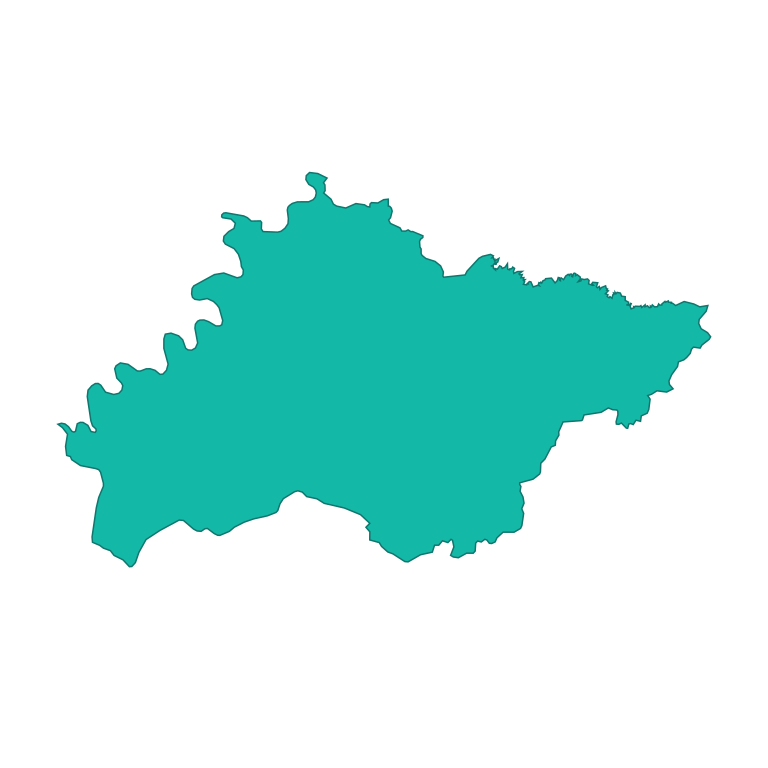 the district of Doi Luang, Chiang Rai, Thailand, rotated 5°
{"feature_id": "78962969B15237736289159", "entity_name": "Doi Luang", "entity_type": "district", "adm_level": 2, "iso_a3": "THA", "parent_name": "Thailand", "parent_adm1": "Chiang Rai", "projection": "mercator", "projection_center": [100.215, 20.141], "detail": "fine", "context": "isolated", "style": "filled", "palette": "teal", "viewbox_px": 768, "rotation_deg": 5, "n_neighbors": 0, "source": "geoboundaries", "source_scale": "gbopen_adm2", "svg_char_len": 6143}
<svg xmlns="http://www.w3.org/2000/svg" viewBox="0 0 768 768"><g transform="rotate(5 384 384)"><path d="M699.8,277.6L691.8,279.6L685.7,277.3L675.8,275.7L667.7,280.4L664.4,278.4L663.0,278.5L663.1,277.6L660.2,277.7L659.9,276.5L657.3,278.0L656.7,277.2L653.8,280.1L653.9,281.0L651.8,281.4L650.6,280.3L649.7,283.1L646.9,283.6L644.4,281.8L643.7,283.8L642.6,283.1L642.7,284.6L641.5,284.8L639.6,283.1L637.3,284.3L637.2,282.4L634.1,285.3L633.1,283.5L632.1,284.4L627.5,284.6L626.9,285.5L626.0,285.2L626.3,286.3L623.6,287.6L622.4,285.2L623.3,282.4L622.6,282.2L621.7,284.2L618.5,284.1L620.6,283.6L620.5,281.2L617.0,279.7L616.7,276.0L613.1,275.8L611.5,272.8L608.3,272.4L607.3,273.8L606.2,272.5L606.4,273.8L604.7,273.3L605.1,274.8L604.2,275.2L603.7,278.7L601.5,277.3L600.7,278.5L598.7,277.4L599.3,275.6L596.7,274.8L599.3,271.6L597.6,271.1L598.4,269.9L597.0,269.3L596.2,266.9L592.1,269.0L590.9,270.9L590.0,268.1L588.2,269.5L587.1,268.6L588.1,264.5L583.1,264.5L582.3,265.9L584.1,267.4L583.1,267.6L579.1,266.4L579.3,263.0L577.6,261.6L574.3,262.5L571.8,262.1L571.2,264.1L568.5,265.2L570.3,262.4L570.2,260.4L567.0,258.3L565.4,259.3L565.4,257.4L564.1,257.0L563.2,257.4L562.6,260.8L561.7,260.5L561.9,259.0L560.9,258.1L559.6,258.5L559.4,259.7L557.9,258.7L555.6,260.6L553.8,264.4L551.1,262.8L550.4,264.1L550.7,265.7L549.9,265.4L549.3,262.8L548.3,262.7L547.6,265.9L545.6,268.4L541.6,263.9L535.8,265.0L535.2,266.4L533.4,267.2L532.3,269.7L531.3,268.9L530.7,269.8L529.5,269.5L529.1,271.5L530.0,272.5L528.8,272.2L524.1,274.3L521.4,269.4L519.9,269.3L518.7,270.6L519.0,271.7L517.8,271.6L517.5,272.8L514.2,272.5L515.2,269.8L514.4,269.1L515.4,267.8L513.7,268.1L514.1,265.8L511.1,266.2L512.2,262.9L509.8,263.4L508.9,262.6L511.9,259.8L507.1,260.4L503.7,262.5L503.2,260.6L504.0,257.4L502.0,256.3L501.2,258.0L499.2,258.4L499.1,259.3L497.2,258.8L496.5,253.4L494.5,257.0L491.7,258.6L490.7,256.9L488.9,256.2L486.9,259.7L484.8,259.3L485.1,260.7L482.9,259.1L482.5,257.0L480.1,257.2L482.3,256.3L484.1,253.4L484.5,255.1L485.2,255.0L485.8,253.0L486.7,252.6L487.5,248.9L483.5,251.6L483.5,250.0L482.6,250.3L482.0,248.6L480.5,248.9L481.8,246.8L478.8,245.6L471.0,248.2L467.6,250.5L456.9,264.3L455.3,268.3L434.2,272.4L433.3,271.4L433.4,267.2L430.1,261.4L424.1,257.4L414.7,255.3L410.6,252.5L409.6,250.7L409.2,246.2L407.9,244.5L407.0,238.9L407.7,236.7L409.9,234.7L409.9,233.0L399.2,229.6L397.5,229.9L394.6,228.4L392.2,229.8L388.4,230.1L386.4,227.1L376.4,223.5L374.3,220.2L376.0,217.8L377.1,211.1L376.0,208.2L374.2,206.5L372.8,206.4L372.1,199.5L367.6,200.4L362.1,204.2L355.7,204.4L354.4,205.9L354.4,208.9L351.9,208.7L349.0,207.2L340.3,206.7L330.6,212.0L321.3,210.9L317.9,209.2L315.1,204.5L307.2,199.0L308.5,196.6L307.8,190.8L306.2,188.8L309.3,183.8L299.7,180.1L291.4,179.8L288.4,183.2L288.4,187.2L291.7,191.7L296.5,193.9L299.0,196.6L299.9,199.7L299.3,203.8L297.4,206.6L293.0,209.1L281.8,210.1L276.9,212.1L274.2,214.4L272.9,216.3L272.5,219.1L274.3,227.5L274.4,232.7L271.8,237.4L268.2,240.8L264.8,242.0L250.2,242.7L248.3,240.2L248.0,233.7L246.7,232.3L237.6,233.3L233.4,230.2L229.6,228.8L211.6,227.2L209.4,227.7L207.7,229.6L207.7,231.6L208.7,232.4L217.3,233.0L221.9,236.8L221.0,242.1L216.0,245.7L211.7,250.8L211.5,255.6L213.8,258.5L222.9,262.2L227.7,267.5L230.7,274.5L231.7,279.5L233.9,282.6L234.0,287.2L232.2,289.7L228.4,291.0L214.7,287.4L205.5,289.8L185.9,302.9L184.5,305.6L184.5,311.0L185.7,314.4L188.1,316.1L193.0,316.4L200.5,314.3L206.9,316.6L210.5,319.5L213.1,322.4L217.8,334.8L217.2,339.2L215.2,340.5L211.4,340.8L203.9,337.2L199.1,335.9L195.0,336.4L192.8,337.7L190.9,340.9L190.8,344.9L194.8,359.4L193.0,364.6L189.4,367.1L185.7,367.1L183.3,365.7L179.6,357.5L175.2,353.9L167.4,351.9L161.8,353.4L160.8,358.3L161.6,367.7L167.2,383.0L166.1,389.3L162.8,393.5L159.9,393.9L154.7,390.3L149.7,389.2L145.8,389.6L140.0,392.4L137.1,392.5L127.3,386.7L119.5,386.0L115.5,389.2L114.4,392.3L117.3,401.4L122.3,405.8L123.9,408.4L123.4,412.9L120.7,416.4L115.7,418.0L107.3,416.4L102.0,409.9L99.3,408.4L96.4,408.7L93.0,411.3L89.7,415.9L89.5,422.4L95.2,446.2L97.3,451.1L100.9,453.8L101.4,455.7L100.5,457.4L96.3,456.9L92.6,451.0L87.5,448.5L84.7,448.7L81.9,450.3L80.8,458.0L79.3,459.0L77.1,458.3L73.4,454.0L69.7,451.6L66.1,451.2L62.7,452.5L67.5,455.5L73.1,461.6L72.2,473.9L74.1,482.8L77.9,483.6L79.5,486.6L88.7,491.7L104.3,493.4L107.3,494.2L109.3,496.5L113.1,507.2L113.4,510.3L109.7,521.9L108.2,532.4L106.5,561.8L107.4,567.1L114.8,569.5L118.8,572.0L126.0,573.9L130.0,578.3L139.3,581.9L146.3,588.2L148.7,587.8L151.9,583.6L154.5,573.1L160.5,559.7L173.7,549.3L191.8,537.4L196.1,537.4L206.9,545.1L210.6,546.7L214.7,546.7L218.2,543.8L220.7,543.3L227.9,547.8L231.5,549.2L233.7,549.1L242.8,544.3L247.5,539.6L256.8,533.8L266.0,529.7L279.3,525.5L287.6,521.4L289.2,519.4L290.8,512.5L293.7,507.0L304.3,499.1L307.5,497.9L312.0,498.8L316.8,502.9L327.2,504.2L334.8,508.1L355.4,511.0L372.0,516.2L382.0,524.0L378.5,528.3L382.8,532.5L383.4,540.6L393.1,542.4L395.7,546.0L402.4,551.0L407.6,552.4L420.3,559.1L423.5,559.1L435.3,550.9L446.8,547.3L448.4,540.2L452.6,539.8L455.9,535.1L461.5,536.4L464.3,532.9L465.9,533.8L467.8,540.2L465.3,548.9L468.1,550.3L473.2,550.6L481.1,545.3L487.6,544.8L489.4,542.5L489.2,534.5L490.9,532.3L494.7,532.9L498.0,529.9L500.1,530.5L502.8,533.5L505.2,533.5L508.5,531.6L509.9,527.4L515.6,521.2L526.5,520.3L532.6,516.0L533.7,513.0L534.4,500.7L532.1,496.3L533.9,490.5L532.3,484.4L528.9,479.0L529.3,474.1L527.9,472.2L527.8,470.6L540.8,465.8L546.9,460.1L547.5,458.0L547.1,449.3L550.9,444.7L556.1,432.1L560.0,430.1L559.9,425.7L562.7,419.7L562.2,416.4L565.7,406.2L583.7,403.3L584.8,402.6L586.0,397.4L602.7,393.3L609.6,388.3L614.1,389.7L618.2,389.6L619.3,390.7L619.7,394.2L618.5,401.5L619.0,403.7L621.5,403.7L623.9,402.2L629.2,406.8L630.6,406.9L631.4,402.5L633.1,401.9L635.8,402.7L638.2,398.1L642.8,398.8L643.1,393.3L648.7,390.2L650.0,386.3L650.4,375.9L647.7,372.5L651.3,371.0L656.5,367.0L666.3,367.4L672.4,363.6L668.4,359.6L667.6,356.1L669.8,349.6L674.9,341.0L675.4,336.3L680.6,333.8L683.2,331.2L686.4,326.8L687.3,322.5L689.1,320.3L695.8,320.7L697.3,317.5L704.0,311.2L705.3,308.5L701.9,304.7L695.1,301.3L692.2,296.2L692.4,292.1L698.6,283.5L699.8,277.6Z" fill="#14b8a6" stroke="#0f766e" stroke-width="1.5"/></g></svg>